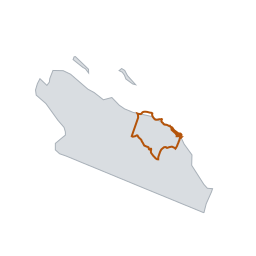 location of Stann Creek within Belize, rotated 290°
{"feature_id": "BLZ-1355", "entity_name": "Stann Creek", "entity_type": "District", "adm_level": 1, "iso_a3": "BLZ", "parent_name": "Belize", "parent_adm1": "", "projection": "albers", "projection_center": [-88.471, 16.817], "detail": "fine", "context": "in_parent", "style": "outline", "palette": "amber", "viewbox_px": 256, "rotation_deg": 290, "n_neighbors": 0, "source": "natural_earth", "source_scale": "10m", "svg_char_len": 2986}
<svg xmlns="http://www.w3.org/2000/svg" viewBox="0 0 256 256"><g transform="rotate(290 128 128)"><path d="M80.5,79.2L80.4,72.5L82.6,67.2L88.7,65.0L96.6,69.6L99.9,71.6L102.9,70.5L106.7,67.7L111.3,59.5L122.9,42.5L127.5,30.5L132.1,28.1L138.6,27.7L144.2,28.4L140.3,37.2L144.2,38.4L147.8,37.6L156.4,37.8L159.7,47.5L158.9,55.6L150.8,76.9L149.7,84.2L146.1,95.2L151.1,102.4L146.4,112.0L144.8,118.2L144.4,127.5L146.8,145.3L143.0,170.8L136.3,182.0L132.1,186.2L124.6,197.3L114.7,200.6L101.0,218.5L98.5,223.2L99.9,228.2L96.6,228.3L83.5,227.4L74.6,228.3L74.3,227.9L75.1,208.6L76.3,178.9L77.2,157.1L78.1,135.8L78.8,119.8L79.7,98.0L80.5,79.2ZM169.7,70.8L166.2,72.2L169.1,67.7L169.5,64.9L173.5,53.0L176.4,53.0L177.1,54.1L169.7,70.8ZM177.0,109.6L171.3,120.4L171.0,117.4L173.3,109.3L176.5,106.5L178.5,103.5L178.9,100.0L181.7,101.7L181.0,105.2L177.0,109.6Z" fill="#d9dde1" stroke="#a8b0b8" stroke-width="1"/><path d="M144.8,131.9L144.8,132.6L145.2,134.4L145.5,135.3L146.2,135.7L147.8,136.3L148.7,137.4L149.3,138.9L149.7,140.6L149.9,143.1L150.3,144.9L150.1,145.8L149.7,146.0L149.0,146.0L148.3,146.3L147.5,147.0L146.5,148.2L145.6,149.6L145.2,150.8L145.6,152.2L147.0,154.5L147.3,155.9L147.7,156.1L147.9,156.4L147.8,156.9L147.6,156.9L146.6,156.8L146.3,156.9L145.3,157.6L144.9,158.1L144.8,158.8L144.6,159.2L144.3,159.5L143.9,160.1L143.7,160.9L143.8,161.8L144.2,163.0L144.2,163.8L143.6,169.3L143.1,170.1L142.5,170.8L141.7,171.8L140.9,174.9L140.5,175.9L140.2,177.3L140.7,179.2L140.4,179.9L139.9,180.6L139.4,180.7L139.2,179.4L141.5,170.6L142.7,169.3L143.2,168.5L141.2,169.6L139.2,174.6L137.6,176.5L138.1,176.6L139.1,177.1L138.6,177.4L138.3,177.5L137.8,177.4L137.1,177.1L137.3,177.8L137.5,178.1L137.9,178.2L138.6,178.2L138.6,178.6L137.8,179.2L137.3,179.9L137.2,180.9L137.4,181.3L136.5,180.9L136.3,180.3L136.0,180.3L135.2,180.2L133.7,180.5L133.4,180.4L133.0,180.3L132.2,180.3L131.9,180.4L129.0,180.2L128.7,180.2L128.3,180.3L125.3,179.8L124.8,179.6L125.0,179.3L125.1,179.1L125.3,178.8L125.3,178.5L125.3,178.2L125.4,176.9L125.5,176.5L125.5,176.2L125.5,175.9L125.4,175.5L125.1,174.9L124.9,174.6L124.7,174.3L124.5,174.0L124.4,173.7L124.1,173.4L123.9,173.0L123.0,172.0L122.7,171.6L122.6,171.2L122.9,170.5L123.0,170.1L122.9,169.8L122.7,169.5L122.5,168.9L122.3,168.5L121.9,168.2L119.3,166.7L118.3,166.5L116.6,166.3L111.0,166.4L108.9,167.1L108.6,166.1L108.6,165.8L109.0,164.2L109.8,162.8L110.3,161.6L112.3,158.5L112.7,158.1L113.1,157.8L114.5,157.3L115.8,157.1L116.1,157.0L116.4,156.8L116.4,156.6L116.1,156.3L115.1,155.6L115.1,155.3L115.2,155.0L115.6,154.6L116.3,154.3L116.6,154.1L116.8,153.9L116.9,153.5L117.0,153.1L116.9,152.2L116.9,151.8L117.0,150.7L117.1,150.3L117.0,149.9L117.0,149.6L117.1,149.2L119.3,146.8L119.9,145.9L120.2,145.5L121.1,144.9L121.5,144.2L122.0,143.4L122.4,142.1L123.2,140.6L123.5,140.2L123.9,139.9L124.2,139.6L124.2,138.9L123.7,138.4L122.7,137.5L121.6,135.7L121.4,135.1L121.6,134.3L141.2,134.0L141.9,133.7L142.3,133.5L143.8,132.9L144.8,131.9Z" fill="none" stroke="#b45309" stroke-width="2"/></g></svg>